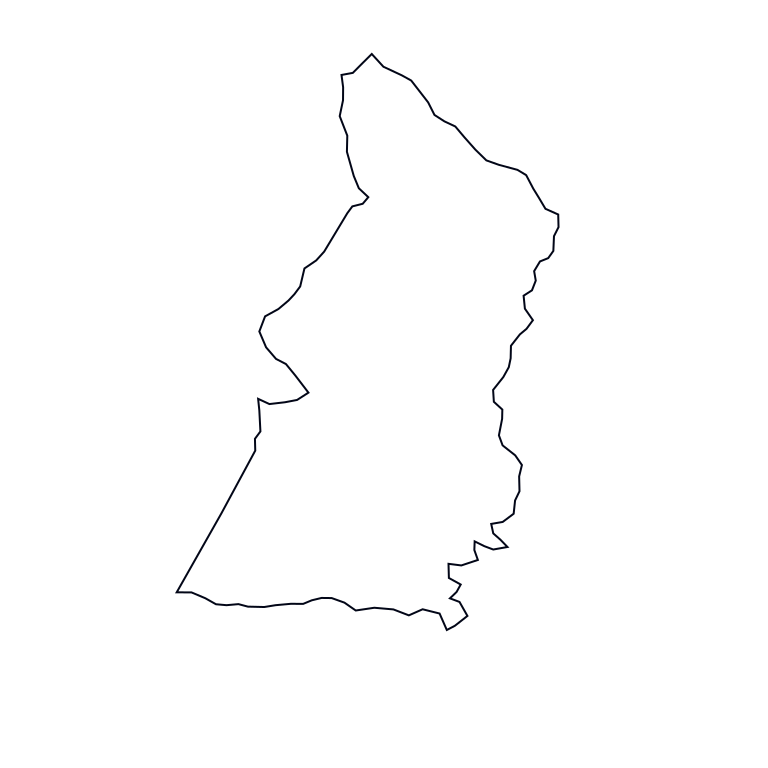 the district of Mombuca, São Paulo, Brazil, rotated 299°
{"feature_id": "56859067B83163679964168", "entity_name": "Mombuca", "entity_type": "district", "adm_level": 2, "iso_a3": "BRA", "parent_name": "Brazil", "parent_adm1": "São Paulo", "projection": "robinson", "projection_center": [-47.599, -22.942], "detail": "fine", "context": "isolated", "style": "outline", "palette": "ink", "viewbox_px": 768, "rotation_deg": 299, "n_neighbors": 0, "source": "geoboundaries", "source_scale": "gbopen_adm2", "svg_char_len": 1678}
<svg xmlns="http://www.w3.org/2000/svg" viewBox="0 0 768 768"><g transform="rotate(299 384 384)"><path d="M633.7,197.0L623.7,204.4L612.3,210.6L596.8,215.4L583.4,231.5L569.1,239.0L551.3,256.7L543.0,267.1L539.8,279.7L531.3,278.0L524.0,270.2L515.6,269.1L470.8,267.5L459.2,264.8L446.5,258.4L428.7,263.4L419.1,262.1L410.7,260.0L398.4,255.3L385.5,247.2L369.5,249.5L358.9,263.1L353.6,277.4L353.9,288.6L348.4,302.4L339.8,322.1L327.9,315.7L320.0,306.2L310.9,293.5L310.0,281.1L300.4,287.8L282.6,298.9L273.5,297.7L263.3,303.7L191.9,304.5L101.3,303.7L108.4,316.7L110.0,331.6L109.9,343.8L114.2,353.5L120.9,363.4L123.3,372.9L130.9,387.4L137.9,396.3L146.6,409.1L152.5,419.9L159.8,425.7L166.6,433.1L171.4,442.0L173.6,455.4L172.2,469.1L183.6,484.0L191.4,501.5L193.7,517.9L205.7,527.0L210.2,543.9L199.3,558.2L206.9,563.2L221.6,569.4L230.0,555.7L228.5,545.6L237.3,548.3L245.8,548.3L245.8,534.8L258.0,527.6L262.8,539.6L275.6,551.4L282.6,543.5L290.3,539.6L290.8,550.3L292.2,559.8L301.3,571.0L304.2,561.5L306.3,552.0L313.6,545.6L320.9,554.7L333.4,560.3L345.7,555.1L355.9,554.5L368.7,547.0L380.0,543.9L385.2,533.4L387.8,517.5L394.8,509.4L410.8,504.2L419.0,499.9L421.7,488.7L431.7,482.3L447.9,485.0L459.2,485.0L467.9,482.3L479.0,476.5L493.3,478.8L501.3,481.9L512.0,483.3L518.2,470.7L528.9,463.3L537.7,468.0L548.0,466.6L555.5,460.6L566.8,461.0L573.7,466.6L582.5,467.6L595.7,461.0L605.8,460.6L616.7,454.2L615.5,440.3L622.2,428.8L627.2,419.9L635.6,407.1L636.0,396.9L631.4,378.3L629.2,365.1L633.3,350.2L638.7,334.9L643.8,321.5L643.0,309.5L643.8,297.7L651.7,286.1L662.6,260.7L662.6,249.9L661.2,229.7L666.7,213.3L654.0,209.6L641.0,205.9L633.7,197.0Z" fill="none" stroke="#020617" stroke-width="2"/></g></svg>